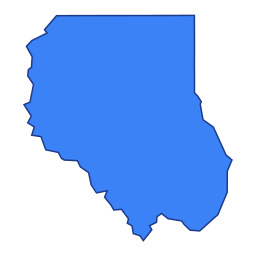 Livingston, Louisiana, United States of America (Robinson projection)
{"feature_id": "52423323B76509893462522", "entity_name": "Livingston", "entity_type": "district", "adm_level": 2, "iso_a3": "USA", "parent_name": "United States of America", "parent_adm1": "Louisiana", "projection": "robinson", "projection_center": [-90.749, 30.413], "detail": "fine", "context": "isolated", "style": "filled", "palette": "blue", "viewbox_px": 256, "rotation_deg": 0, "n_neighbors": 0, "source": "geoboundaries", "source_scale": "gbopen_adm2", "svg_char_len": 888}
<svg xmlns="http://www.w3.org/2000/svg" viewBox="0 0 256 256"><path d="M194.4,15.4L167.3,15.5L79.8,15.6L56.5,15.7L44.5,29.7L47.0,33.0L31.8,40.6L26.4,46.4L32.2,56.8L31.5,67.1L28.3,69.7L27.8,76.0L33.5,84.5L30.0,102.1L24.0,104.6L31.3,116.1L27.7,122.8L34.3,127.0L31.7,135.2L41.0,136.6L45.8,149.8L58.3,152.4L61.7,158.7L62.5,158.7L64.1,160.0L77.4,160.7L80.4,166.9L88.6,172.6L91.2,184.9L96.5,192.9L107.1,190.8L104.6,197.2L111.1,205.2L113.8,210.0L121.4,209.3L128.5,218.8L127.3,223.2L132.0,225.8L133.3,233.6L139.8,235.6L143.3,240.6L151.8,229.8L149.6,225.7L156.5,222.3L157.0,216.7L161.5,213.5L168.1,218.7L181.5,220.9L184.5,224.9L190.2,230.2L199.7,230.9L217.9,214.6L227.2,192.3L227.3,171.1L232.0,160.0L226.1,155.1L213.4,127.2L203.0,119.7L200.2,104.1L201.3,101.9L198.0,96.5L194.5,92.7L194.5,74.1L194.4,65.6L194.5,50.0L194.4,18.6L194.4,15.4Z" fill="#3b82f6" stroke="#1e3a8a" stroke-width="1.5"/></svg>